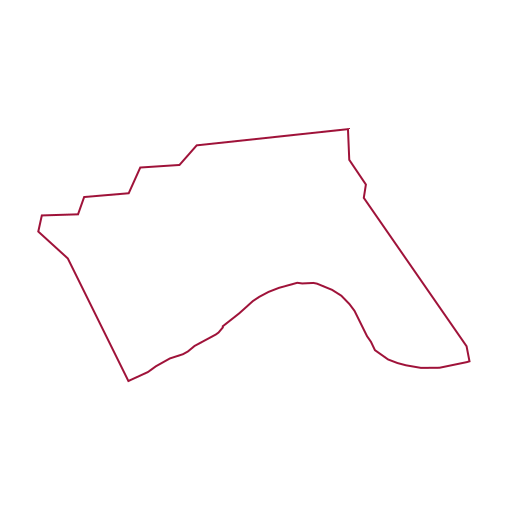 the district of Carroll, Kentucky, United States of America, rotated 183°
{"feature_id": "52423323B55040990829980", "entity_name": "Carroll", "entity_type": "district", "adm_level": 2, "iso_a3": "USA", "parent_name": "United States of America", "parent_adm1": "Kentucky", "projection": "equal_earth", "projection_center": [-85.147, 38.671], "detail": "fine", "context": "isolated", "style": "outline", "palette": "rose", "viewbox_px": 512, "rotation_deg": 183, "n_neighbors": 0, "source": "geoboundaries", "source_scale": "gbopen_adm2", "svg_char_len": 773}
<svg xmlns="http://www.w3.org/2000/svg" viewBox="0 0 512 512"><g transform="rotate(183 256 256)"><path d="M321.0,363.4L337.2,342.9L376.2,338.3L386.4,312.0L430.7,305.9L435.9,288.3L472.0,285.3L474.7,269.0L443.8,243.7L376.9,124.5L357.8,134.5L350.1,140.7L336.6,149.2L323.8,154.1L319.0,157.1L312.6,163.0L292.0,175.5L289.4,177.6L285.4,182.9L285.5,184.1L269.6,198.0L256.8,210.8L250.6,215.4L241.6,220.8L231.4,225.4L213.4,231.4L208.4,231.0L197.2,232.1L193.7,231.6L181.5,227.3L178.3,226.2L168.7,220.8L160.1,212.8L154.7,206.3L140.9,181.7L136.7,176.3L132.3,168.2L118.7,159.6L109.1,156.5L100.5,154.7L85.4,152.9L66.9,154.0L39.8,161.1L37.3,162.0L41.0,176.9L151.4,319.7L150.0,333.1L167.9,356.9L170.8,387.5L218.1,379.9L321.0,363.4Z" fill="none" stroke="#9f1239" stroke-width="2"/></g></svg>